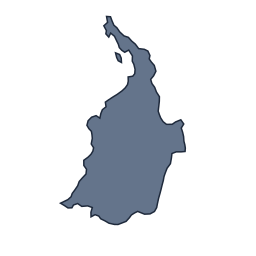 outline of Porto Belo, Santa Catarina, Brazil, rotated 292°
{"feature_id": "56859067B90050633059685", "entity_name": "Porto Belo", "entity_type": "district", "adm_level": 2, "iso_a3": "BRA", "parent_name": "Brazil", "parent_adm1": "Santa Catarina", "projection": "mercator", "projection_center": [-48.598, -27.169], "detail": "fine", "context": "isolated", "style": "filled", "palette": "slate", "viewbox_px": 256, "rotation_deg": 292, "n_neighbors": 0, "source": "geoboundaries", "source_scale": "gbopen_adm2", "svg_char_len": 1847}
<svg xmlns="http://www.w3.org/2000/svg" viewBox="0 0 256 256"><g transform="rotate(292 128 128)"><path d="M224.6,70.1L223.4,66.3L218.3,69.5L213.7,67.3L210.2,71.5L207.0,72.2L205.1,76.1L209.5,76.4L208.0,81.1L204.5,84.9L202.1,87.6L199.3,89.8L197.7,93.2L197.0,96.6L200.5,99.5L196.5,105.1L191.6,106.9L189.2,109.6L185.0,112.6L180.9,113.9L177.8,113.0L175.4,109.0L171.5,110.7L168.1,111.3L164.2,110.4L160.1,108.5L155.0,105.3L151.1,102.4L147.2,99.7L143.5,97.3L139.4,99.7L135.4,97.4L131.3,97.4L126.6,98.2L127.5,93.8L124.4,90.2L119.8,88.3L115.1,88.9L112.7,92.0L111.2,95.3L108.3,97.1L105.0,98.8L99.4,99.9L96.8,103.5L93.3,104.1L89.7,103.5L86.0,101.9L81.5,99.1L76.7,101.1L74.2,105.0L69.6,106.3L64.4,104.3L60.1,102.8L55.6,103.0L50.5,101.9L46.4,100.8L43.0,101.0L39.1,99.1L33.0,93.6L32.3,98.0L31.4,102.3L33.0,105.9L36.2,106.3L39.1,109.6L38.0,114.5L40.7,119.8L40.9,124.7L36.0,125.2L31.8,127.0L35.3,129.9L35.4,133.9L33.6,136.7L33.3,141.1L32.6,146.0L33.5,151.5L34.8,154.9L37.7,158.0L40.7,161.2L45.3,162.9L48.6,163.7L51.7,165.9L54.3,168.2L54.3,175.6L56.6,180.6L60.5,183.8L64.9,184.4L69.0,183.6L74.4,182.7L79.8,182.1L83.7,181.6L87.7,181.0L92.6,180.4L96.3,179.6L99.7,179.4L105.3,179.3L110.8,180.7L116.4,179.5L120.8,178.3L124.0,181.7L125.9,186.4L127.6,189.7L130.8,188.7L133.7,187.0L136.7,184.8L141.0,182.7L144.7,180.1L147.9,177.4L152.6,178.2L155.4,173.9L151.4,169.8L148.0,167.6L145.8,162.3L147.0,158.2L149.5,154.6L152.1,152.1L154.9,149.7L160.0,148.3L164.6,147.0L168.8,145.4L172.0,140.9L175.7,137.5L178.2,133.5L181.6,130.8L186.0,132.2L191.1,132.6L195.9,128.9L198.0,124.8L200.0,121.8L203.4,121.2L206.8,117.6L207.1,113.7L205.6,108.1L208.5,103.4L210.0,98.8L212.2,94.4L211.9,89.8L214.0,84.3L216.8,80.1L218.0,76.4L221.7,72.7L224.6,70.1ZM190.3,95.5L193.0,92.7L193.0,88.3L189.1,91.1L186.7,93.7L186.3,97.4L190.3,95.5Z" fill="#64748b" stroke="#1e293b" stroke-width="1.5"/></g></svg>